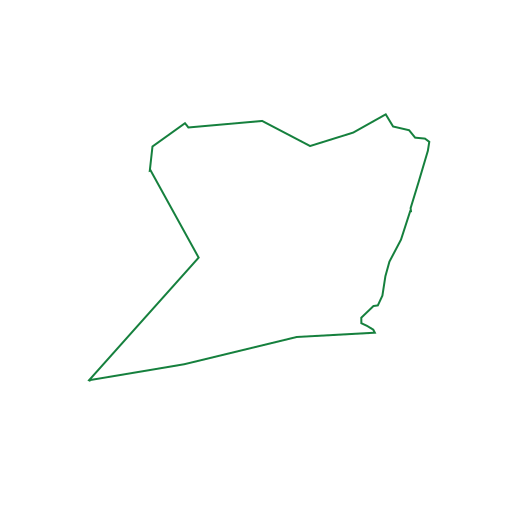 Belfond, Soufrière, Saint Lucia, rotated 205°
{"feature_id": "8701671B32439381681784", "entity_name": "Belfond", "entity_type": "district", "adm_level": 2, "iso_a3": "LCA", "parent_name": "Saint Lucia", "parent_adm1": "Soufrière", "projection": "equal_earth", "projection_center": [-61.044, 13.829], "detail": "fine", "context": "isolated", "style": "outline", "palette": "green", "viewbox_px": 512, "rotation_deg": 205, "n_neighbors": 0, "source": "geoboundaries", "source_scale": "gbopen_adm2", "svg_char_len": 643}
<svg xmlns="http://www.w3.org/2000/svg" viewBox="0 0 512 512"><g transform="rotate(205 256 256)"><path d="M147.2,432.7L152.5,433.8L161.8,430.5L170.4,434.7L186.5,431.3L198.3,439.2L220.0,409.0L253.5,378.5L254.8,378.6L307.5,381.0L371.6,343.9L374.1,345.2L376.5,346.3L396.1,311.5L388.3,288.4L387.7,289.0L307.3,230.3L330.6,153.1L354.8,72.8L354.5,72.8L354.6,73.0L275.4,127.5L184.9,199.8L115.9,236.7L118.6,238.8L126.0,239.6L132.1,239.6L134.5,244.6L128.4,260.3L124.7,262.7L124.7,273.5L130.2,292.4L132.7,307.3L131.5,332.1L135.2,361.8L134.5,362.1L136.1,364.7L139.9,391.8L144.7,424.0L147.2,432.7Z" fill="none" stroke="#15803d" stroke-width="2"/></g></svg>